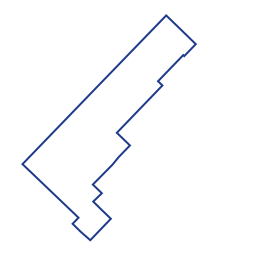 the district of Garfield, Colorado, United States of America, rotated 134°
{"feature_id": "52423323B61812355653584", "entity_name": "Garfield", "entity_type": "district", "adm_level": 2, "iso_a3": "USA", "parent_name": "United States of America", "parent_adm1": "Colorado", "projection": "equal_earth", "projection_center": [-107.968, 39.729], "detail": "fine", "context": "isolated", "style": "outline", "palette": "blue", "viewbox_px": 256, "rotation_deg": 134, "n_neighbors": 0, "source": "geoboundaries", "source_scale": "gbopen_adm2", "svg_char_len": 442}
<svg xmlns="http://www.w3.org/2000/svg" viewBox="0 0 256 256"><g transform="rotate(134 128 128)"><path d="M20.6,137.5L20.5,160.3L20.5,178.7L121.3,178.8L193.4,178.8L227.3,178.8L226.9,101.3L235.4,101.3L235.5,89.6L234.9,77.2L205.2,77.3L205.2,89.5L205.1,101.9L193.1,101.5L193.1,114.0L165.2,113.7L155.3,114.5L139.2,114.5L139.2,132.7L73.5,132.8L73.5,138.9L37.2,138.9L37.2,137.5L20.6,137.5Z" fill="none" stroke="#1e3a8a" stroke-width="2"/></g></svg>